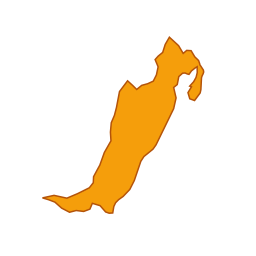 SVG path tracing the border of Nippes, rotated 111°
{"feature_id": "HTI-1360", "entity_name": "Nippes", "entity_type": "Department", "adm_level": 1, "iso_a3": "HTI", "parent_name": "Haiti", "parent_adm1": "", "projection": "natural_earth1", "projection_center": [-73.453, 18.404], "detail": "fine", "context": "isolated", "style": "filled", "palette": "amber", "viewbox_px": 256, "rotation_deg": 111, "n_neighbors": 0, "source": "natural_earth", "source_scale": "10m", "svg_char_len": 1150}
<svg xmlns="http://www.w3.org/2000/svg" viewBox="0 0 256 256"><g transform="rotate(111 128 128)"><path d="M39.7,86.3L42.3,84.1L43.3,83.5L43.7,82.8L46.9,78.4L48.6,77.4L50.6,77.3L52.7,77.5L54.7,77.4L66.1,73.7L69.4,73.2L78.5,75.7L78.6,80.8L73.5,84.7L66.8,83.5L66.8,85.4L61.3,83.3L56.4,82.6L51.5,83.2L46.0,85.4L47.7,86.7L51.9,89.2L56.1,90.3L56.3,92.1L56.2,94.4L57.3,96.7L61.8,99.0L69.8,97.6L73.8,99.9L82.7,93.9L93.6,92.3L133.7,95.8L138.8,97.1L148.9,102.9L154.5,104.1L174.8,103.3L184.7,104.3L193.6,108.0L198.3,111.1L202.2,112.8L206.4,113.1L212.8,111.8L214.3,115.1L214.4,118.8L210.5,126.2L211.1,134.3L217.4,134.5L221.8,139.5L223.6,146.8L227.6,152.4L226.6,161.2L223.4,169.7L223.4,176.3L223.9,182.8L217.4,172.9L215.4,159.9L207.3,151.5L197.7,142.7L191.5,140.8L185.8,142.7L179.4,141.9L172.7,141.0L159.3,141.3L146.1,139.3L138.2,142.9L129.1,145.5L121.1,145.2L113.1,146.1L97.0,149.0L84.1,145.3L86.6,138.9L88.9,133.7L83.3,130.5L79.6,125.5L75.2,121.2L68.3,120.5L60.1,121.8L54.4,127.2L50.1,125.6L45.0,122.7L36.6,123.2L28.4,121.9L33.0,110.3L38.6,103.2L34.5,101.0L33.2,96.8L37.6,91.2L39.7,86.3L39.7,86.3Z" fill="#f59e0b" stroke="#b45309" stroke-width="1.5"/></g></svg>